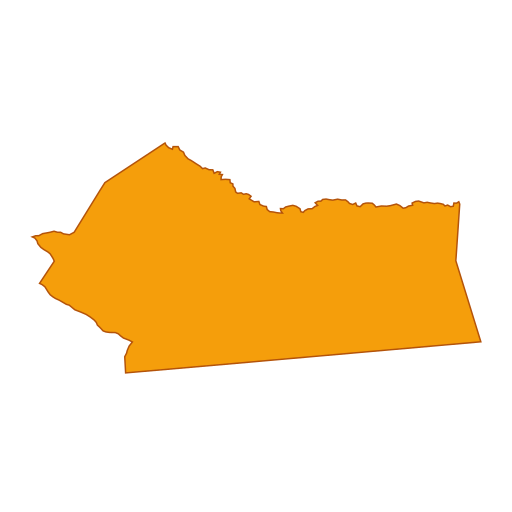 Bertolínia, Piauí, Brazil (Natural Earth projection), rotated 269°
{"feature_id": "56859067B83660365010269", "entity_name": "Bertolínia", "entity_type": "district", "adm_level": 2, "iso_a3": "BRA", "parent_name": "Brazil", "parent_adm1": "Piauí", "projection": "natural_earth1", "projection_center": [-43.815, -7.746], "detail": "fine", "context": "isolated", "style": "filled", "palette": "amber", "viewbox_px": 512, "rotation_deg": 269, "n_neighbors": 0, "source": "geoboundaries", "source_scale": "gbopen_adm2", "svg_char_len": 2255}
<svg xmlns="http://www.w3.org/2000/svg" viewBox="0 0 512 512"><g transform="rotate(269 256 256)"><path d="M332.0,106.2L325.0,101.6L282.9,74.6L280.5,69.9L281.5,63.9L283.1,61.1L283.2,57.9L284.3,54.5L283.3,50.4L282.7,46.9L282.1,43.1L280.1,39.2L280.1,36.1L279.0,32.7L277.8,35.2L275.0,37.3L272.1,38.1L268.4,41.0L266.2,43.9L263.8,47.8L261.9,50.1L259.4,51.7L256.8,53.2L254.3,54.2L232.4,39.1L231.1,41.7L228.9,44.4L223.4,47.7L220.8,49.6L218.7,52.2L217.0,54.8L215.3,58.4L211.0,65.5L210.1,68.4L205.4,73.9L203.0,79.8L200.6,85.1L197.9,89.2L194.7,93.2L192.3,95.2L189.7,96.2L187.5,98.5L183.8,101.8L182.7,104.6L182.1,108.4L181.9,114.0L180.6,117.0L178.5,119.2L176.3,122.0L174.0,127.7L172.2,130.9L168.2,127.6L163.7,125.6L161.1,124.9L157.6,123.0L141.4,123.6L150.1,249.0L151.2,264.4L166.3,479.3L247.8,455.7L250.8,456.0L304.3,460.6L306.7,459.7L305.3,457.4L305.5,454.8L302.3,454.1L301.9,451.4L303.6,448.5L302.7,445.8L304.4,444.2L305.2,441.3L305.7,438.4L305.3,435.3L306.0,431.2L306.7,428.1L306.2,424.8L308.1,419.6L307.8,416.5L306.2,413.0L304.0,413.5L303.3,409.4L301.7,406.7L301.2,404.0L303.9,400.7L305.5,397.3L304.0,391.3L303.5,387.5L303.8,382.2L302.9,376.8L304.9,375.2L306.7,373.2L307.0,369.6L307.0,367.0L306.3,364.0L303.5,361.0L304.3,357.8L307.2,356.6L305.8,353.6L306.9,350.4L308.7,348.8L310.5,346.5L310.5,342.8L311.4,338.6L310.5,333.7L311.1,330.0L311.7,327.1L311.4,323.7L309.7,321.8L309.7,319.0L308.2,316.1L305.5,318.5L304.5,315.8L302.3,312.9L302.2,308.9L300.6,305.7L298.8,304.0L299.5,301.6L302.5,300.8L305.0,297.0L306.0,293.7L305.3,289.8L304.5,286.5L302.8,284.2L303.0,281.3L300.8,281.6L298.5,283.2L298.6,280.1L298.9,277.7L299.7,274.1L300.1,270.5L302.2,268.0L305.3,267.2L305.7,264.5L307.4,260.8L310.5,259.8L310.2,255.1L311.5,253.0L313.3,250.2L315.8,252.1L317.7,249.6L318.4,247.3L317.9,244.6L319.4,242.3L319.0,238.6L320.4,236.8L323.9,236.1L326.2,234.2L328.5,234.1L329.7,231.5L332.8,231.2L333.2,226.8L333.0,222.4L335.8,222.6L338.0,223.8L338.3,220.7L340.4,221.9L341.0,218.8L339.4,215.6L342.9,214.3L343.1,210.5L344.9,206.8L344.3,204.1L346.8,201.6L349.3,197.7L351.3,194.8L352.8,192.5L354.3,189.8L357.8,186.6L361.1,185.3L363.3,181.7L366.7,180.1L366.8,175.0L364.2,174.3L365.8,170.6L368.4,168.0L370.6,167.0L332.0,106.2Z" fill="#f59e0b" stroke="#b45309" stroke-width="1.5"/></g></svg>